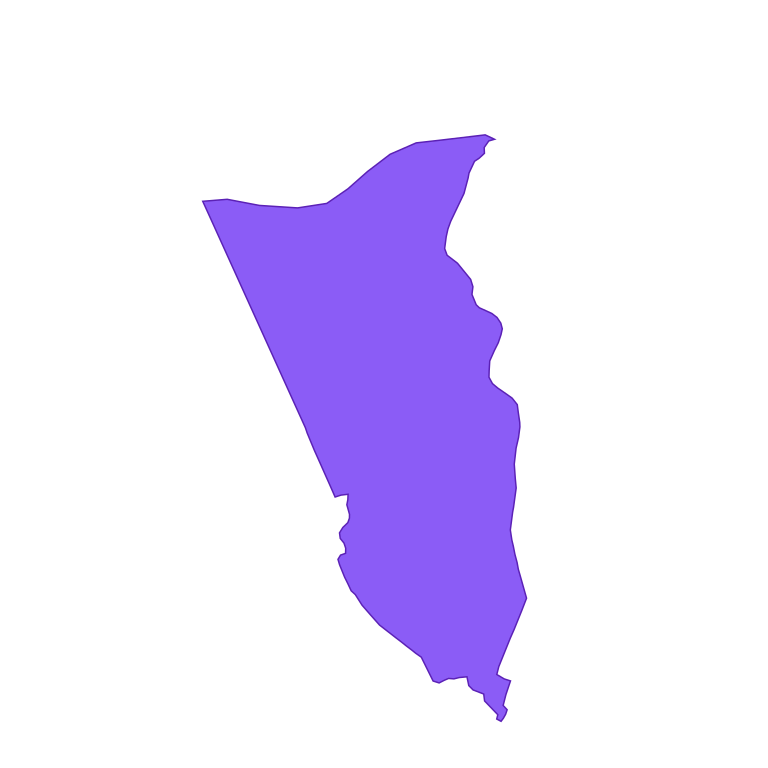 the district of Semienawi Mibrak, Maekel, Eritrea, rotated 292°
{"feature_id": "51966322B97443185109629", "entity_name": "Semienawi Mibrak", "entity_type": "district", "adm_level": 2, "iso_a3": "ERI", "parent_name": "Eritrea", "parent_adm1": "Maekel", "projection": "robinson", "projection_center": [38.952, 15.353], "detail": "fine", "context": "isolated", "style": "filled", "palette": "violet", "viewbox_px": 768, "rotation_deg": 292, "n_neighbors": 0, "source": "geoboundaries", "source_scale": "gbopen_adm2", "svg_char_len": 1779}
<svg xmlns="http://www.w3.org/2000/svg" viewBox="0 0 768 768"><g transform="rotate(292 384 384)"><path d="M652.3,394.8L652.9,384.5L630.9,344.4L619.6,323.5L599.3,303.6L575.0,289.2L551.4,277.4L530.0,263.3L514.9,237.9L502.9,201.6L496.5,169.4L489.2,154.9L485.5,147.5L470.4,163.4L314.0,327.5L309.8,331.1L303.8,337.0L296.2,344.5L286.6,354.5L277.6,363.8L269.2,372.5L260.9,381.0L264.9,385.8L268.3,392.0L263.2,393.8L258.1,394.8L250.3,400.8L246.7,402.2L241.9,402.4L235.6,399.6L229.3,398.5L224.4,401.3L221.5,406.5L217.4,410.0L212.6,411.8L209.1,407.8L204.2,407.0L199.8,410.5L190.1,419.9L185.4,425.2L180.0,431.0L178.0,436.3L170.7,446.5L164.7,458.3L158.8,470.2L156.3,479.0L153.2,489.9L151.7,495.4L149.6,502.5L147.8,509.1L146.2,514.4L144.7,520.9L127.0,540.8L127.5,547.1L131.9,550.9L135.2,554.2L136.8,559.3L140.0,563.7L143.6,570.6L136.1,575.6L133.7,581.2L133.9,592.6L127.8,596.0L120.0,613.4L115.6,614.0L115.1,618.9L118.8,619.9L123.4,620.5L128.1,620.2L130.6,614.9L141.6,613.4L156.1,612.5L155.6,606.0L156.9,597.4L165.0,596.3L172.9,596.3L186.0,596.3L195.8,596.3L205.1,596.6L214.4,596.6L225.5,596.6L238.8,596.4L257.9,581.6L262.6,577.9L268.3,574.3L275.1,569.2L282.0,564.7L287.2,561.0L296.0,555.8L313.3,551.3L318.2,550.3L337.1,545.5L345.8,541.0L358.5,534.8L374.0,530.5L384.7,528.8L395.1,526.1L399.3,524.2L408.2,519.0L414.8,515.3L418.9,508.1L420.3,502.3L422.9,490.8L425.0,484.4L429.6,478.8L435.8,476.5L445.0,473.4L456.4,473.8L465.1,474.5L473.6,474.0L479.5,473.0L484.2,469.5L488.0,463.9L489.8,457.6L490.4,443.8L492.0,439.8L500.0,432.0L507.5,430.0L513.4,425.2L523.5,406.9L527.0,394.3L532.3,389.5L543.9,386.5L551.7,385.2L559.7,384.9L590.6,386.8L606.6,384.8L611.4,383.8L624.4,384.5L629.1,387.7L635.5,390.7L640.8,388.3L648.6,390.1L652.3,394.8Z" fill="#8b5cf6" stroke="#5b21b6" stroke-width="1.5"/></g></svg>